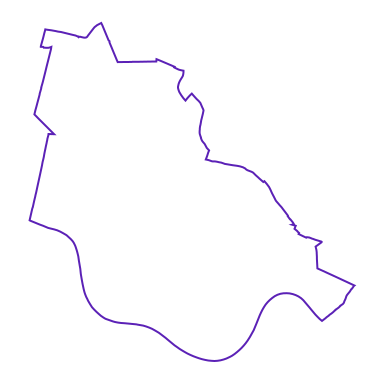 Houten, Utrecht, Netherlands (Albers equal-area conic projection)
{"feature_id": "6326949B44228368891089", "entity_name": "Houten", "entity_type": "district", "adm_level": 2, "iso_a3": "NLD", "parent_name": "Netherlands", "parent_adm1": "Utrecht", "projection": "albers", "projection_center": [5.179, 52.008], "detail": "fine", "context": "isolated", "style": "outline", "palette": "violet", "viewbox_px": 384, "rotation_deg": 0, "n_neighbors": 0, "source": "geoboundaries", "source_scale": "gbopen_adm2", "svg_char_len": 5606}
<svg xmlns="http://www.w3.org/2000/svg" viewBox="0 0 384 384"><path d="M322.0,320.9L325.4,318.3L326.6,317.2L328.8,315.6L329.1,315.3L329.2,315.1L329.7,314.7L331.6,313.4L333.3,312.0L335.4,309.9L335.5,310.0L336.0,309.5L338.6,307.6L340.5,305.8L340.4,305.7L340.5,305.6L342.5,304.3L342.9,304.0L343.7,303.0L343.9,302.7L344.1,302.1L344.3,301.4L345.4,299.1L346.0,297.4L346.3,296.3L346.7,295.6L346.9,295.2L347.5,294.4L349.8,291.6L351.3,289.2L351.9,288.8L352.9,287.4L354.0,285.8L354.4,285.5L346.7,281.9L332.5,275.3L317.4,268.4L317.2,264.3L316.9,258.9L316.9,257.1L316.9,256.9L316.7,253.1L316.7,252.3L316.4,249.9L316.0,248.2L315.6,246.6L320.7,242.9L321.4,242.4L321.6,242.2L321.7,241.9L321.4,241.6L315.4,239.8L313.0,238.9L312.2,238.7L310.8,238.1L309.2,237.5L306.8,237.2L306.4,237.3L306.2,237.4L306.1,237.6L303.3,236.3L298.6,234.0L299.1,233.0L297.4,231.4L297.3,231.1L294.5,228.8L295.7,225.8L292.1,224.7L293.9,224.2L292.9,222.5L290.5,219.5L289.8,218.8L289.7,218.9L288.2,216.8L287.8,216.3L288.0,216.0L288.0,215.9L287.8,215.5L286.0,213.1L283.1,209.3L281.7,207.4L281.0,206.6L279.6,205.1L278.8,204.1L277.3,202.4L276.1,201.0L275.7,200.4L275.0,199.0L274.0,197.0L272.0,193.2L271.9,192.9L271.5,192.1L270.8,190.5L270.1,189.0L269.0,186.9L268.3,186.0L266.9,184.1L264.4,181.2L263.3,182.0L259.2,178.4L258.4,177.6L255.7,175.2L253.3,172.8L252.9,172.5L252.2,172.1L251.6,171.8L248.2,170.5L247.4,170.2L246.9,169.9L246.4,169.6L245.9,169.2L245.1,168.4L244.1,167.9L243.0,167.3L240.1,166.4L237.6,165.9L236.3,165.7L232.6,165.2L227.3,164.3L224.8,163.9L223.5,163.4L221.2,162.6L218.9,162.2L217.3,161.8L215.6,161.5L214.7,161.4L212.9,161.4L212.0,161.3L208.6,160.1L206.8,159.7L205.8,159.5L206.3,158.2L207.2,155.8L208.2,152.6L209.1,150.4L207.4,148.6L206.7,147.8L206.4,147.2L205.4,145.3L204.6,143.9L204.5,143.7L204.1,143.3L202.9,141.9L202.3,141.1L202.1,140.8L201.6,139.8L200.9,137.9L201.0,137.6L200.8,137.0L200.6,136.6L199.9,134.4L199.7,133.7L199.7,133.2L199.6,132.5L199.6,131.9L199.7,130.1L199.8,129.5L199.8,128.4L200.0,126.8L200.2,125.7L200.4,125.1L200.8,122.9L201.3,119.9L201.5,119.3L202.8,114.0L203.5,110.7L203.5,110.2L203.4,110.0L203.1,109.1L202.8,108.5L202.1,107.0L200.6,103.5L200.4,103.0L199.5,101.9L198.6,100.9L196.7,99.1L195.6,97.9L193.7,95.8L191.8,93.6L190.2,95.1L188.7,96.7L187.2,98.4L185.5,100.6L185.3,100.4L183.4,98.2L182.6,97.1L181.8,96.0L181.1,95.0L179.9,93.0L179.5,92.4L179.2,91.7L178.8,90.7L178.5,89.8L178.3,89.1L178.2,88.7L178.0,87.8L178.0,87.0L178.0,86.8L178.3,85.3L178.5,84.5L178.6,84.0L178.9,83.2L179.1,82.6L179.6,81.5L180.4,80.0L181.0,79.0L182.2,77.1L182.7,76.2L182.9,75.7L183.1,74.9L183.3,73.9L183.5,72.1L183.5,70.7L182.4,70.5L180.5,70.1L179.0,69.7L177.8,69.2L175.1,67.9L174.2,67.4L174.6,66.8L162.2,61.5L159.8,60.5L156.5,59.2L156.4,60.6L156.3,61.5L148.8,61.6L137.7,61.8L135.9,61.8L132.4,61.8L132.1,61.9L127.7,62.0L124.9,62.0L117.7,62.1L116.7,59.8L112.5,49.7L111.9,48.2L109.5,42.5L109.5,41.8L109.5,41.4L109.5,41.2L109.4,41.1L109.0,40.7L108.6,40.4L107.9,38.7L102.8,26.4L102.4,25.4L101.5,23.6L101.2,23.0L97.0,25.2L96.3,25.8L94.6,27.1L93.6,28.3L87.9,35.7L87.2,36.8L86.1,37.5L85.8,37.6L85.5,37.6L84.5,37.7L84.3,37.7L81.9,37.2L81.1,37.0L80.0,36.7L79.2,36.8L78.8,37.1L78.6,36.7L78.3,36.5L78.0,36.7L77.4,36.3L76.2,35.8L75.5,35.5L75.0,35.4L72.0,34.7L61.0,32.0L58.0,31.6L55.8,31.1L51.4,30.3L46.9,29.7L45.3,29.4L45.2,29.9L45.0,30.7L44.3,33.2L43.4,36.9L42.9,38.8L42.5,40.2L40.9,46.0L40.8,46.6L40.8,46.8L42.7,46.9L43.2,46.9L43.3,47.0L43.5,47.2L43.7,47.5L43.8,47.7L44.0,47.7L44.9,47.7L46.1,47.8L46.9,47.8L47.4,47.8L48.3,47.8L49.3,47.6L49.9,47.4L50.3,47.3L51.3,46.9L51.0,49.1L48.2,60.3L46.8,65.8L45.2,72.4L42.8,82.0L42.3,83.8L41.4,86.9L41.2,87.7L41.3,87.8L41.1,88.8L40.3,91.6L40.1,92.2L39.7,93.7L39.6,94.6L38.6,98.4L37.9,101.0L37.2,103.6L37.0,104.4L36.2,107.4L35.4,110.2L34.4,114.4L38.7,118.8L41.1,121.2L54.1,134.2L51.1,134.1L48.5,134.0L48.4,134.8L48.4,135.2L48.3,135.5L48.0,136.5L47.8,137.3L47.4,138.7L47.2,140.2L47.0,141.1L46.8,141.8L46.7,142.6L45.9,146.2L45.3,149.2L44.9,151.0L44.3,154.0L43.8,157.0L43.3,159.2L42.6,162.0L42.2,164.2L42.1,164.9L41.3,168.7L39.9,175.2L37.3,187.1L36.2,192.3L35.7,194.3L35.4,195.5L35.4,195.8L34.1,201.2L32.8,207.2L32.7,207.3L32.5,208.0L32.3,208.5L32.2,208.9L29.6,220.3L30.3,220.7L40.1,224.7L42.9,225.7L48.1,227.9L50.1,228.4L54.2,229.4L57.2,230.3L60.2,231.6L63.3,233.3L66.4,235.1L67.0,235.6L70.9,239.2L72.6,241.1L73.7,242.7L75.1,245.5L75.7,247.1L76.7,250.2L77.3,252.3L77.8,254.3L78.3,256.4L78.9,260.7L80.3,268.9L80.8,273.8L81.0,275.1L81.9,280.3L82.6,284.1L83.7,289.2L84.5,292.3L85.1,294.1L85.8,295.9L86.3,297.1L87.4,299.2L88.0,300.6L89.8,303.7L92.0,307.2L94.0,309.4L96.3,311.7L98.6,313.8L100.9,315.8L103.5,317.6L105.5,318.8L112.9,321.4L115.0,322.0L118.1,322.6L121.2,323.0L124.3,323.2L127.5,323.5L135.8,324.3L136.6,324.4L137.4,324.6L143.2,325.6L146.2,326.5L149.2,327.6L152.0,328.8L154.7,330.3L157.4,331.9L158.9,332.8L159.7,333.4L165.5,337.8L167.5,339.5L172.2,343.4L174.5,345.3L177.1,347.1L179.6,348.9L182.2,350.5L184.9,352.1L187.4,353.5L190.1,354.8L193.3,356.2L196.5,357.4L199.1,358.3L202.1,359.2L205.1,359.9L208.2,360.5L211.3,360.8L214.4,361.0L217.5,360.8L220.6,360.3L223.6,359.5L226.5,358.5L230.3,356.7L232.1,355.7L234.6,354.0L237.1,352.0L239.4,350.0L241.6,347.9L243.8,345.5L245.7,343.2L247.6,340.6L249.9,337.0L252.8,331.8L253.7,330.2L256.4,323.7L259.8,315.2L261.0,312.6L262.4,309.8L263.9,307.2L265.6,304.6L267.6,302.2L269.8,300.0L272.2,298.0L274.7,296.2L277.4,294.8L280.4,293.8L283.4,293.3L286.7,293.2L289.6,293.4L292.8,294.1L295.7,295.1L298.4,296.4L301.1,298.2L303.3,300.2L305.5,302.8L309.5,307.5L311.2,309.6L315.4,314.6L317.5,316.8L319.7,319.0L322.0,320.9Z" fill="none" stroke="#5b21b6" stroke-width="2"/></svg>